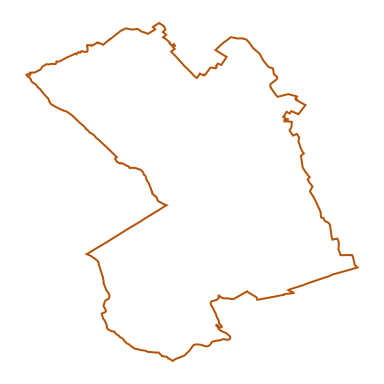 outline of Sendriceni, Botosani, Romania
{"feature_id": "2599482B21165352154919", "entity_name": "Sendriceni", "entity_type": "district", "adm_level": 2, "iso_a3": "ROU", "parent_name": "Romania", "parent_adm1": "Botosani", "projection": "robinson", "projection_center": [26.329, 47.938], "detail": "fine", "context": "isolated", "style": "outline", "palette": "amber", "viewbox_px": 384, "rotation_deg": 0, "n_neighbors": 0, "source": "geoboundaries", "source_scale": "gbopen_adm2", "svg_char_len": 5851}
<svg xmlns="http://www.w3.org/2000/svg" viewBox="0 0 384 384"><path d="M172.6,361.0L175.7,358.9L183.7,355.9L184.8,355.3L187.2,352.7L188.6,351.5L189.7,350.4L193.0,345.6L194.6,344.6L196.7,344.4L200.6,344.7L201.7,345.0L205.3,346.3L206.9,346.4L208.7,345.8L209.8,345.1L211.6,342.4L212.5,341.7L213.1,341.4L217.1,340.6L219.8,340.4L222.7,339.3L223.6,339.1L226.8,339.7L228.4,339.8L229.2,339.4L229.8,338.7L230.3,337.7L230.3,337.2L230.0,336.5L229.2,335.6L225.5,332.7L222.2,331.4L219.9,330.2L218.6,328.9L217.6,326.8L216.5,325.9L216.2,325.4L216.3,325.0L216.4,324.9L217.1,325.0L219.3,327.1L220.1,327.5L221.1,327.5L221.6,327.1L221.8,326.7L221.7,326.2L221.5,325.9L219.1,323.4L219.0,322.8L219.0,321.5L218.6,320.4L216.7,316.6L215.8,313.9L212.9,308.0L211.0,304.9L210.7,303.3L210.8,302.3L211.1,301.9L212.2,301.0L215.8,300.2L216.9,299.7L217.8,299.1L218.7,297.8L218.5,296.0L218.6,295.6L219.3,295.8L221.3,297.4L222.6,298.1L224.2,298.3L228.0,298.3L231.0,299.0L233.0,299.1L234.8,298.4L247.2,291.3L248.1,292.3L256.1,297.0L256.7,297.7L257.3,299.8L275.7,296.4L280.9,295.3L283.3,295.0L284.1,294.8L284.1,294.3L285.9,293.9L289.9,293.6L293.7,293.0L293.7,292.8L292.0,291.9L289.9,291.2L288.3,290.1L289.7,289.4L303.1,285.2L306.1,283.9L323.9,277.8L325.8,277.2L326.9,277.1L333.2,274.3L337.8,273.1L357.5,267.5L354.8,264.9L353.2,258.0L352.1,255.0L340.5,255.2L340.1,253.5L338.4,249.2L338.9,244.1L338.8,242.7L338.6,241.5L337.4,238.7L336.2,238.8L332.3,239.6L331.5,236.2L330.8,230.4L330.3,228.3L330.3,226.9L330.0,225.1L329.5,224.1L328.4,222.8L327.7,222.3L325.2,221.2L323.8,219.2L323.5,218.0L323.2,217.8L321.3,217.6L321.1,217.4L320.7,214.3L320.7,212.2L317.8,205.8L316.8,203.8L316.5,202.8L315.6,201.0L313.4,196.8L309.9,191.4L312.5,186.5L309.5,182.7L307.7,179.5L309.6,177.2L305.2,171.5L302.7,167.5L300.9,155.6L303.8,153.5L302.2,151.3L300.5,147.5L299.8,144.8L299.1,143.4L298.5,141.6L298.5,140.6L299.2,137.5L296.8,133.9L293.0,135.6L289.5,130.4L291.4,127.4L291.9,121.8L287.4,121.4L287.8,119.1L285.6,118.9L285.4,121.4L284.4,121.4L284.7,116.8L283.4,116.8L286.7,111.8L289.7,113.5L291.3,111.1L298.4,114.2L305.5,105.1L296.2,100.0L296.8,99.3L295.4,98.5L297.0,96.6L295.9,96.0L294.8,95.9L288.3,94.1L277.5,96.8L276.2,95.3L271.4,88.6L270.1,85.6L270.6,84.0L275.7,80.1L277.3,78.5L277.0,76.7L273.9,74.3L273.0,68.4L268.7,67.1L263.5,60.8L261.4,57.1L260.8,55.7L260.2,54.6L259.1,53.3L257.8,52.1L253.3,48.3L252.7,47.5L252.4,46.7L251.4,45.8L250.4,44.1L248.8,42.1L247.0,40.4L246.4,39.5L242.0,38.4L238.5,38.4L237.6,38.6L235.9,38.1L230.8,37.2L229.7,38.0L228.2,39.3L223.1,43.0L219.4,46.3L215.5,50.1L226.6,56.9L221.3,64.9L221.1,65.0L218.6,63.8L217.8,63.6L216.1,66.0L216.8,66.3L216.0,68.1L215.6,68.3L211.4,67.6L210.4,67.7L204.9,75.2L203.8,74.6L203.4,75.2L203.2,75.2L199.9,73.6L197.8,76.9L196.8,78.0L194.5,76.2L186.7,68.0L185.4,67.1L176.0,56.6L171.1,51.6L174.7,49.0L173.0,47.2L175.0,45.8L174.0,44.1L171.6,45.5L169.6,43.3L170.0,42.9L168.2,41.0L166.0,39.2L164.0,37.4L163.5,37.8L163.0,37.3L166.1,34.9L164.3,33.0L162.9,32.1L162.9,31.9L165.2,29.8L165.3,29.5L165.2,28.9L164.6,27.8L164.2,26.6L162.1,25.0L159.0,23.0L152.9,27.0L155.2,29.4L147.8,33.9L145.8,32.9L141.9,31.7L140.5,30.9L137.6,28.9L132.3,29.6L129.7,29.2L125.9,28.4L121.0,30.7L120.0,31.4L109.8,39.5L109.6,39.3L103.2,44.8L100.0,43.3L98.5,42.9L98.1,43.2L97.5,42.5L92.0,45.8L91.1,44.9L90.8,45.3L89.4,45.6L88.6,45.0L87.3,45.2L87.0,45.4L86.9,45.9L87.5,47.7L87.5,48.9L87.7,49.7L87.5,50.7L87.0,51.7L84.8,51.9L80.7,50.9L81.5,51.6L79.8,52.9L78.7,52.1L77.0,53.3L76.7,54.2L76.3,54.0L75.9,53.6L75.5,53.6L66.2,57.8L60.0,61.2L59.5,61.4L56.8,61.5L56.3,61.9L56.5,62.5L56.2,62.8L56.1,63.4L55.6,64.0L54.8,64.1L52.2,63.9L49.8,64.1L48.7,64.5L46.8,64.2L46.2,64.3L42.3,66.7L41.3,68.3L40.3,69.6L35.9,71.9L34.7,72.5L29.9,72.7L30.1,73.2L30.6,73.8L29.9,75.1L29.1,74.6L28.1,74.2L27.4,74.2L26.5,74.7L27.3,76.1L28.0,76.8L29.0,77.1L30.4,78.9L31.0,79.5L31.0,80.3L31.6,81.4L32.9,82.7L34.7,83.6L36.6,85.3L37.3,86.7L38.5,87.9L40.6,89.6L41.3,90.8L45.1,95.4L47.6,97.8L48.7,99.4L49.3,101.6L50.8,103.8L52.2,105.0L53.1,105.3L54.8,106.4L60.3,109.2L62.5,110.0L63.8,110.7L66.6,111.5L70.8,114.4L73.3,116.5L78.7,121.8L83.2,125.6L85.1,127.4L85.7,128.9L87.4,129.8L89.7,132.6L92.5,134.0L94.7,136.0L95.7,137.3L97.1,138.7L99.4,140.2L100.4,141.5L106.0,146.6L116.8,157.1L115.1,158.4L115.1,158.8L115.5,159.6L116.4,160.6L116.9,161.8L120.2,163.6L120.7,163.1L121.2,163.0L123.7,164.0L126.3,165.5L128.6,166.4L128.9,166.7L129.6,168.0L132.2,167.8L136.3,168.2L137.4,168.7L139.9,169.5L142.1,171.0L143.1,172.3L143.5,173.3L143.8,174.4L144.1,175.0L145.2,175.6L145.5,176.1L146.2,178.0L146.3,179.0L146.7,179.7L146.8,180.6L148.2,182.3L149.0,183.7L150.3,187.4L150.7,188.0L151.3,190.5L151.9,191.1L152.5,192.8L152.1,193.1L152.5,193.9L152.8,194.3L154.9,195.6L155.3,196.6L156.3,196.8L157.2,198.7L157.4,199.8L158.2,201.2L160.8,202.4L161.5,202.8L162.1,203.4L166.5,205.3L164.4,206.4L159.2,209.8L144.7,218.6L141.1,221.1L126.6,229.7L107.5,241.7L86.7,254.1L88.7,255.0L90.5,255.7L92.3,257.0L94.2,258.1L97.5,260.9L98.4,262.1L98.7,262.8L98.7,264.2L102.9,277.3L103.6,281.0L103.7,283.5L104.0,284.4L105.5,287.9L106.0,289.6L107.0,291.2L107.8,292.1L108.9,293.8L109.4,295.2L109.5,296.5L109.3,297.4L108.7,298.6L105.8,300.3L105.1,301.0L103.9,304.3L103.6,306.3L105.6,309.6L105.9,311.2L105.7,311.7L105.1,312.2L102.2,313.3L101.6,313.8L101.7,314.4L102.4,316.0L103.2,318.7L104.5,320.3L106.3,323.8L106.5,324.6L106.9,325.7L106.9,326.1L106.6,327.0L107.7,329.1L108.7,329.8L112.0,331.4L112.8,331.5L113.6,331.3L114.3,331.6L115.2,333.0L116.3,334.2L118.6,335.6L119.8,337.0L122.3,338.3L123.5,339.5L124.5,341.3L125.8,342.2L126.5,343.1L129.3,344.6L130.9,346.1L133.6,347.8L134.9,348.8L135.8,348.9L138.5,349.4L140.9,350.1L145.3,350.7L145.9,350.9L148.2,352.0L150.1,352.0L156.2,352.6L158.7,352.5L159.9,354.0L161.2,354.8L161.8,356.1L163.9,356.2L164.3,356.5L165.6,356.6L167.1,357.1L168.0,357.8L168.3,358.6L169.5,358.7L172.6,361.0Z" fill="none" stroke="#b45309" stroke-width="2"/></svg>